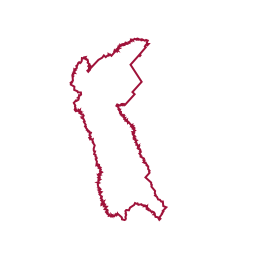 the district of Murray River, New South Wales, Australia, rotated 34°
{"feature_id": "25037944B78114295205688", "entity_name": "Murray River", "entity_type": "district", "adm_level": 2, "iso_a3": "AUS", "parent_name": "Australia", "parent_adm1": "New South Wales", "projection": "mercator", "projection_center": [144.402, -35.23], "detail": "fine", "context": "isolated", "style": "outline", "palette": "rose", "viewbox_px": 256, "rotation_deg": 34, "n_neighbors": 0, "source": "geoboundaries", "source_scale": "gbopen_adm2", "svg_char_len": 5874}
<svg xmlns="http://www.w3.org/2000/svg" viewBox="0 0 256 256"><g transform="rotate(34 128 128)"><path d="M53.1,93.0L52.0,94.1L52.3,95.1L50.7,95.8L52.1,98.2L52.3,99.9L52.0,101.0L50.7,100.8L50.4,101.8L50.9,104.2L50.5,105.5L51.3,105.7L52.0,107.1L51.5,108.3L51.8,109.6L50.7,109.5L51.2,110.4L51.8,110.1L51.4,111.1L51.9,110.6L51.9,111.8L52.9,112.1L52.0,112.5L52.5,113.0L51.9,113.6L52.5,114.2L52.2,115.0L52.7,115.9L53.7,115.7L53.8,117.0L55.9,119.6L55.3,122.2L56.0,122.1L55.7,123.1L56.3,124.0L60.4,123.7L62.1,126.5L65.6,125.8L66.5,126.5L69.1,124.9L70.4,126.5L70.2,127.6L69.1,128.1L69.9,129.9L69.6,130.9L70.6,130.7L71.1,132.3L70.2,134.3L69.5,134.2L69.0,137.5L71.7,138.8L72.1,140.0L73.0,140.4L73.4,142.1L74.3,141.7L74.2,142.9L75.4,143.2L76.2,141.9L77.0,141.9L76.9,140.6L78.1,140.9L78.2,140.3L78.9,141.8L79.6,141.2L79.7,142.3L80.3,141.8L80.1,142.6L82.4,142.7L82.9,142.0L84.3,142.5L84.6,144.0L83.9,144.7L84.4,144.7L84.2,145.4L86.2,145.4L88.4,146.8L88.0,147.6L91.2,149.0L91.5,150.7L92.4,150.5L92.8,151.3L95.2,152.0L95.1,152.6L97.2,152.5L97.1,153.2L99.9,152.6L100.1,153.5L99.3,153.9L100.2,155.6L101.9,155.9L102.1,156.8L101.4,157.7L102.9,158.5L103.1,157.6L104.8,157.8L105.1,157.2L105.7,158.5L107.0,159.2L106.9,159.7L110.1,161.0L111.1,164.3L112.1,165.7L113.0,166.3L113.8,165.9L114.5,168.6L116.3,168.5L117.0,169.9L118.4,170.0L119.0,170.7L118.6,171.8L121.0,173.2L122.5,176.3L123.2,175.0L124.6,174.7L125.0,175.3L124.6,176.3L127.0,176.2L126.3,177.5L128.6,177.5L128.8,179.2L129.5,179.2L129.1,179.5L129.7,180.2L130.8,179.9L130.0,181.6L130.8,181.6L130.8,181.9L130.2,181.8L129.8,182.5L131.3,182.4L130.4,183.6L131.1,183.6L131.5,184.0L130.5,184.1L131.3,184.5L131.1,185.5L131.8,185.3L131.7,186.1L132.4,186.5L133.1,186.1L133.4,186.1L132.7,187.0L133.3,187.2L132.8,188.1L133.9,189.3L133.1,190.3L134.4,190.0L133.8,190.9L134.3,190.5L134.5,191.7L136.1,193.3L137.1,193.7L137.6,193.1L137.4,193.7L138.0,193.8L137.6,194.2L138.5,194.2L138.6,194.9L138.8,194.6L139.2,194.6L138.7,195.4L139.2,195.3L139.6,196.4L140.2,195.4L140.1,196.5L141.3,196.1L140.9,196.9L141.7,196.7L141.3,198.8L144.2,199.6L144.5,200.6L144.9,200.0L145.5,201.6L146.7,201.9L146.4,203.0L148.2,203.3L148.9,202.3L149.0,203.7L148.3,205.3L149.0,206.6L149.8,205.4L149.1,204.9L149.7,205.1L149.6,204.2L150.2,203.8L151.0,204.6L151.7,204.3L151.9,206.4L154.4,205.1L154.1,208.3L156.7,207.4L157.2,207.8L156.7,210.0L157.8,210.3L157.6,209.8L158.4,209.4L159.3,210.8L160.7,210.2L161.2,211.5L162.8,209.9L162.6,210.6L163.5,210.9L163.9,210.0L163.3,209.4L164.1,209.6L163.6,208.9L164.4,209.4L166.0,208.8L166.0,207.1L166.7,206.9L166.4,206.2L167.1,206.2L167.1,205.5L167.5,206.0L167.7,204.9L172.9,205.6L174.1,207.1L176.6,206.2L177.1,205.3L176.7,204.0L175.6,203.3L175.1,201.0L173.9,200.5L173.9,199.7L172.3,198.3L172.4,197.0L174.8,195.7L174.2,192.9L176.1,188.4L175.8,186.3L177.4,186.1L178.1,185.2L179.5,185.9L181.8,183.7L182.7,184.1L184.9,183.0L185.0,183.9L186.7,182.5L187.6,183.4L187.7,182.5L188.4,183.8L188.6,183.3L190.1,183.5L189.7,184.6L191.8,184.5L192.4,183.8L194.9,184.6L195.1,183.6L196.7,183.4L197.8,183.9L197.6,185.3L198.7,184.8L200.5,186.3L202.6,185.3L205.3,186.6L205.6,185.1L204.1,184.8L204.3,180.0L203.9,179.9L204.0,177.4L203.2,177.3L204.1,172.3L200.9,173.0L198.0,169.5L196.8,170.4L194.6,169.7L192.9,170.4L190.5,168.9L188.2,168.8L188.4,168.1L186.6,167.0L185.7,165.1L180.2,163.5L179.6,161.9L178.9,161.9L177.7,160.3L170.1,159.2L170.9,153.1L169.9,152.5L169.8,151.4L167.7,150.8L166.2,148.5L164.4,148.6L164.4,148.0L162.8,147.4L160.5,147.7L160.8,147.2L160.1,147.4L159.8,145.6L158.7,145.9L158.3,144.4L154.7,144.7L154.7,144.0L154.0,144.1L153.6,143.3L151.7,142.8L152.0,140.7L150.8,140.5L150.9,139.7L149.9,138.9L148.4,139.5L147.9,138.8L147.3,139.1L147.1,138.3L147.9,138.4L147.4,136.8L146.7,137.3L146.6,136.8L146.3,137.5L145.2,136.8L144.3,137.2L143.9,135.9L142.5,135.7L142.8,135.3L141.8,134.4L142.1,133.5L140.6,133.9L140.0,132.7L139.3,133.1L139.4,132.5L139.1,133.1L138.6,132.0L138.0,132.5L137.8,131.6L138.2,131.7L137.3,131.3L137.8,130.9L136.0,130.6L135.9,129.8L135.1,130.2L134.7,129.6L135.3,129.2L134.1,128.8L135.4,127.8L134.6,126.8L135.0,126.2L133.3,126.0L133.4,125.4L132.5,125.7L132.7,124.6L132.1,124.8L131.7,124.0L131.3,124.5L131.8,124.9L131.0,125.0L131.1,123.7L130.4,124.2L130.0,123.4L129.6,124.0L129.5,123.2L128.9,123.9L125.4,122.8L125.1,123.7L124.4,122.7L123.4,123.1L122.9,122.3L122.2,123.0L122.1,122.3L121.6,123.2L120.5,122.5L120.9,121.7L120.1,122.3L120.0,121.4L119.4,122.0L118.3,121.4L119.1,120.7L118.1,121.1L118.1,120.2L116.8,120.7L116.8,120.2L116.1,120.9L115.8,120.2L114.6,120.9L113.8,119.6L113.6,120.3L112.8,120.0L112.6,118.6L110.9,118.4L110.9,117.9L110.4,118.4L110.7,117.5L109.8,117.6L109.9,117.1L109.2,117.1L108.4,116.1L106.3,116.1L106.7,115.1L105.9,115.1L105.9,114.5L108.8,113.9L108.9,113.1L110.4,112.4L109.4,111.6L110.4,110.8L111.9,111.1L111.8,110.3L112.6,110.3L114.6,96.3L111.6,95.7L113.5,82.1L94.7,74.1L96.4,61.5L97.6,61.7L97.7,60.7L96.5,60.5L97.6,51.2L96.4,51.0L96.3,49.5L96.5,48.4L97.8,48.6L98.1,46.8L97.0,47.4L95.7,46.5L95.5,44.5L93.7,44.9L93.2,46.2L90.2,46.6L90.5,47.4L90.0,47.9L88.9,47.6L87.4,48.9L87.0,48.3L85.9,48.5L85.3,49.3L86.0,49.5L85.8,50.0L83.6,50.4L83.3,51.6L82.1,52.5L82.5,52.7L81.8,52.8L82.2,53.7L81.4,53.6L81.9,54.3L81.2,55.1L81.7,56.5L80.4,56.7L80.7,58.4L79.6,59.2L78.8,58.4L78.2,58.6L78.4,59.8L77.6,60.6L78.6,61.2L77.6,62.3L76.3,62.0L76.2,63.5L75.3,63.5L75.9,64.3L74.9,64.5L75.3,65.4L74.5,65.8L75.0,66.7L75.8,66.7L74.3,67.8L75.0,67.7L74.7,68.6L75.7,68.5L75.4,69.2L76.2,69.5L75.3,69.7L75.7,70.3L75.1,70.2L75.1,70.7L74.6,70.4L74.5,71.3L73.5,71.1L73.8,72.0L73.0,72.0L74.5,72.4L73.9,77.4L71.9,77.1L71.7,78.0L70.6,77.8L71.3,79.0L70.4,79.7L69.9,81.7L67.4,81.3L67.3,84.1L65.4,88.0L63.3,101.0L63.9,101.1L63.6,103.6L62.3,103.2L62.8,101.4L61.7,99.3L62.9,98.7L62.2,97.5L60.8,97.1L60.4,97.8L60.2,96.6L58.0,96.4L57.7,95.2L56.3,94.0L55.3,94.6L54.5,94.4L54.6,93.1L53.9,94.6L53.2,94.7L53.1,93.0Z" fill="none" stroke="#9f1239" stroke-width="2"/></g></svg>